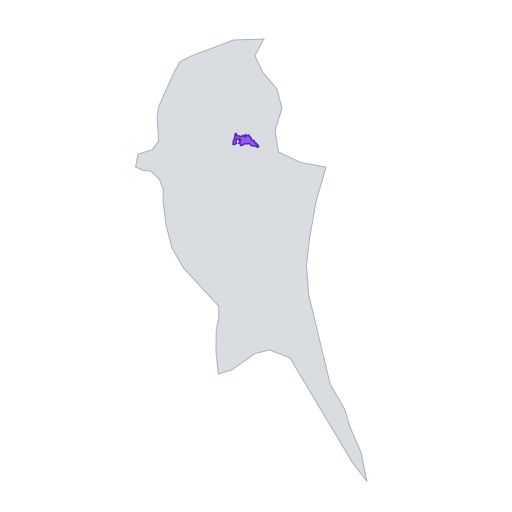 location of Kalapanagiotis, Nicosia, Cyprus, rotated 94°
{"feature_id": "46923920B11517267441336", "entity_name": "Kalapanagiotis", "entity_type": "district", "adm_level": 2, "iso_a3": "CYP", "parent_name": "Cyprus", "parent_adm1": "Nicosia", "projection": "robinson", "projection_center": [32.834, 35.038], "detail": "fine", "context": "in_parent", "style": "filled", "palette": "violet", "viewbox_px": 512, "rotation_deg": 94, "n_neighbors": 0, "source": "geoboundaries", "source_scale": "gbopen_adm2", "svg_char_len": 2120}
<svg xmlns="http://www.w3.org/2000/svg" viewBox="0 0 512 512"><g transform="rotate(94 256 256)"><path d="M371.2,272.1L376.4,285.3L354.5,289.2L332.5,290.5L320.2,288.8L308.7,289.6L273.1,327.4L254.0,340.3L231.1,348.0L207.8,352.5L196.2,353.1L185.9,357.9L178.7,366.7L178.5,375.2L175.4,382.3L162.6,380.8L157.3,367.0L148.2,361.1L125.6,364.2L114.5,363.8L78.4,350.6L67.4,345.3L60.7,334.0L42.1,293.4L39.0,263.4L56.3,271.1L72.6,261.8L88.2,246.6L106.8,240.4L118.4,243.1L129.9,245.7L150.6,240.9L159.6,218.4L162.5,192.4L197.5,199.9L233.0,203.7L262.1,205.0L290.8,200.8L378.5,173.1L403.2,156.6L418.5,151.0L445.2,137.3L473.0,129.7L455.2,145.5L355.2,215.1L348.8,235.8L353.3,250.2L367.5,267.5L371.2,272.1Z" fill="#d9dde1" stroke="#a8b0b8" stroke-width="1"/><path d="M146.6,261.0L146.4,261.3L146.2,261.8L145.9,261.6L145.3,261.8L145.1,262.2L144.6,262.4L144.5,262.6L144.3,263.0L143.7,263.4L143.9,263.9L143.5,264.3L143.1,264.6L142.8,265.2L142.5,265.3L141.9,265.4L141.3,265.9L141.3,266.3L141.1,266.6L140.8,266.7L140.8,267.1L140.5,267.7L140.6,268.1L140.4,268.5L140.2,268.8L139.8,269.1L139.0,269.1L138.4,269.1L138.3,269.4L138.0,269.8L137.8,270.0L137.6,270.2L137.6,270.5L137.3,270.8L137.0,271.0L137.0,271.3L136.8,271.5L136.4,271.7L135.9,271.6L136.2,272.7L136.6,273.4L136.2,274.2L135.7,274.8L136.5,275.3L137.9,274.8L138.1,275.5L137.2,275.8L136.6,276.7L136.6,277.4L137.7,277.8L137.5,278.5L138.0,279.9L137.4,280.8L137.4,282.3L137.3,283.4L136.2,284.0L135.2,284.4L135.6,285.1L136.2,285.0L136.6,285.5L137.6,285.1L138.4,285.4L139.7,285.7L140.4,285.9L141.2,285.7L142.7,286.6L144.4,286.8L145.2,286.7L146.3,286.6L146.4,285.5L144.9,283.3L143.8,283.7L142.9,283.8L142.0,283.8L141.1,283.8L140.7,282.5L140.5,280.7L141.4,281.1L141.3,279.5L142.7,280.1L143.7,280.4L144.7,280.9L144.5,280.1L145.4,279.5L146.1,279.3L146.9,279.0L146.8,278.2L145.9,276.6L145.2,275.5L144.6,274.3L144.8,272.9L144.4,271.6L144.3,270.4L145.0,269.7L145.5,269.1L146.2,268.1L146.3,267.2L146.3,266.5L146.4,265.3L146.4,264.7L146.4,264.1L146.4,263.8L146.4,263.5L146.9,263.3L147.2,262.8L147.3,262.5L147.4,262.2L147.2,261.6L146.6,261.0Z" fill="#8b5cf6" stroke="#5b21b6" stroke-width="1.5"/></g></svg>